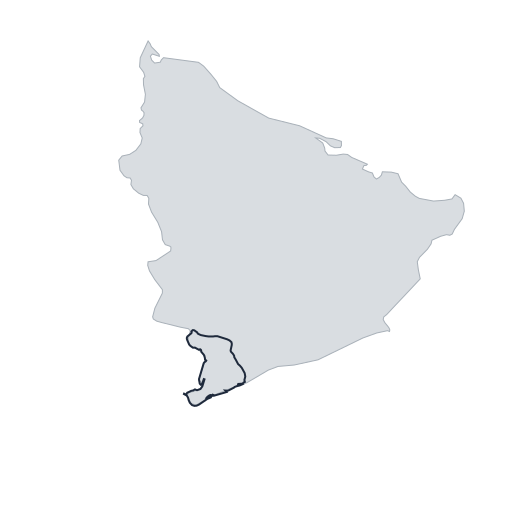 location of Chinandega within Nicaragua, rotated 291°
{"feature_id": "NIC-663", "entity_name": "Chinandega", "entity_type": "Department", "adm_level": 1, "iso_a3": "NIC", "parent_name": "Nicaragua", "parent_adm1": "", "projection": "natural_earth1", "projection_center": [-87.139, 12.876], "detail": "fine", "context": "in_parent", "style": "outline", "palette": "slate", "viewbox_px": 512, "rotation_deg": 291, "n_neighbors": 0, "source": "natural_earth", "source_scale": "10m", "svg_char_len": 4066}
<svg xmlns="http://www.w3.org/2000/svg" viewBox="0 0 512 512"><g transform="rotate(291 256 256)"><path d="M418.1,78.2L416.1,81.2L413.9,83.3L409.4,93.3L407.8,94.2L407.4,86.8L404.7,85.8L401.5,88.4L399.8,92.2L402.6,97.2L405.0,97.3L408.0,98.6L416.2,132.9L414.5,139.1L409.6,148.6L404.9,156.7L400.2,161.8L394.4,183.4L389.3,218.5L393.2,250.0L391.4,279.2L393.1,286.0L393.6,294.6L389.7,296.2L387.5,295.9L385.3,290.6L385.5,286.0L387.8,280.6L388.7,273.2L387.6,269.4L385.4,277.8L381.3,281.5L378.7,282.8L376.1,287.1L378.9,295.0L382.4,300.9L383.6,305.1L382.3,310.1L381.6,327.1L380.3,326.6L379.0,324.3L375.3,324.2L374.9,331.0L375.2,334.9L372.1,337.8L371.0,340.8L373.5,342.9L376.4,344.1L379.9,343.8L382.8,352.3L383.7,359.1L377.1,365.5L374.8,370.7L371.0,377.1L368.9,383.3L368.3,387.8L370.9,402.0L375.6,412.1L379.5,418.5L384.6,419.9L383.4,426.6L379.6,430.9L372.5,434.4L364.7,435.1L352.0,431.7L346.8,431.3L344.8,429.5L344.2,426.2L340.5,421.2L333.8,414.6L330.0,415.1L323.7,413.6L313.3,409.1L308.5,408.6L301.5,412.4L293.5,417.5L274.1,409.6L260.5,404.0L248.2,399.0L244.9,397.1L242.3,397.5L240.0,400.1L237.3,404.8L236.4,406.1L235.0,407.4L233.4,407.7L233.4,405.5L227.4,396.3L217.8,385.2L181.3,351.1L167.9,330.7L160.7,316.0L153.9,308.4L134.2,292.7L129.6,286.5L110.1,265.6L95.3,253.4L95.1,248.2L101.2,241.7L104.2,242.0L107.4,246.6L112.7,251.9L115.2,252.0L118.9,249.5L119.0,247.0L138.9,246.0L142.5,244.7L146.1,240.8L147.9,235.5L148.2,230.3L149.0,226.6L152.2,223.0L158.0,221.9L162.6,221.5L163.9,219.0L162.5,211.2L160.1,192.0L159.6,186.7L160.4,182.7L162.2,181.3L171.1,180.3L187.8,181.9L191.0,180.7L197.7,169.9L203.9,161.9L208.4,158.3L211.9,157.3L215.9,164.3L230.1,174.5L232.5,173.9L233.9,173.3L234.3,171.9L234.1,167.2L237.6,162.9L244.9,159.1L252.2,152.3L259.6,142.7L266.0,137.0L271.4,135.3L273.5,132.7L272.2,129.1L272.6,124.0L274.8,117.4L277.9,113.6L282.1,112.6L283.7,110.5L282.8,107.4L283.6,104.0L287.3,98.3L296.3,93.5L301.4,95.2L305.6,101.6L311.6,106.0L319.4,108.3L325.4,107.5L329.7,103.4L333.5,102.2L337.0,103.8L338.8,102.9L339.0,99.5L340.7,98.7L344.1,100.6L347.1,101.0L349.7,100.1L350.7,98.5L351.2,96.8L353.1,95.5L359.8,96.8L367.3,94.8L375.6,89.6L381.2,87.3L383.9,87.9L387.2,85.3L390.9,79.5L399.6,76.9L418.1,78.2Z" fill="#d9dde1" stroke="#a8b0b8" stroke-width="1"/><path d="M161.1,223.4L161.8,223.2L162.3,222.8L163.8,223.3L164.2,223.6L164.4,224.3L164.5,225.0L164.4,225.5L164.3,225.9L164.2,226.1L163.6,228.5L162.8,229.3L162.6,230.1L162.4,232.8L163.2,237.7L163.9,240.6L165.4,244.6L166.4,246.4L167.3,248.7L167.9,258.9L167.7,261.5L166.8,263.9L165.5,264.8L165.0,265.0L164.0,265.3L158.8,266.1L158.0,266.6L157.5,267.2L156.5,269.4L155.1,271.3L153.7,272.0L152.0,274.2L150.1,276.4L148.7,278.0L148.5,278.5L147.9,280.2L146.5,282.8L142.7,287.3L142.1,287.7L140.8,288.5L139.6,289.2L136.1,289.6L134.5,290.7L134.3,290.5L133.4,289.7L132.4,289.4L131.8,288.8L130.2,285.3L129.8,285.3L130.5,288.4L129.3,287.2L127.4,284.5L126.1,283.0L125.2,282.6L120.7,278.6L120.1,277.9L119.8,277.0L119.4,275.6L119.2,276.0L118.6,276.8L118.4,277.2L110.5,266.8L109.6,264.6L109.9,265.0L110.2,265.2L111.0,265.7L111.0,265.2L110.7,265.1L110.1,264.6L110.1,264.1L109.9,263.2L108.7,262.1L107.1,261.1L105.6,260.6L105.6,261.2L107.5,262.6L108.5,263.7L108.6,264.6L107.8,264.5L106.8,263.5L105.2,261.8L96.8,256.0L95.0,254.2L94.0,252.2L93.9,249.7L95.3,246.8L97.3,244.8L99.4,243.3L100.9,241.4L101.3,238.2L101.7,238.2L101.5,240.0L101.3,240.5L102.1,240.5L103.0,240.6L103.9,240.9L104.2,241.3L104.5,241.6L106.4,243.4L106.8,243.7L108.1,245.7L108.4,245.9L109.4,246.6L109.6,246.8L109.6,247.3L109.5,248.6L109.6,249.1L111.9,251.8L115.0,252.6L122.4,252.1L122.4,251.4L118.6,251.5L116.8,251.3L116.0,250.5L116.7,249.2L120.1,247.2L120.6,246.9L137.1,245.6L138.1,245.8L139.8,246.9L140.6,247.0L141.0,245.6L142.5,244.8L144.4,243.5L145.2,242.5L146.8,239.5L147.3,239.1L148.3,238.5L148.7,238.1L148.9,237.2L148.6,236.9L148.2,236.7L148.0,236.2L148.6,231.8L148.5,231.6L147.9,230.2L147.8,229.8L147.9,229.5L148.5,227.2L149.0,226.0L149.5,225.2L153.0,221.8L153.9,221.1L155.1,220.7L156.3,220.8L160.5,223.2L161.1,223.4Z" fill="none" stroke="#1e293b" stroke-width="2"/></g></svg>